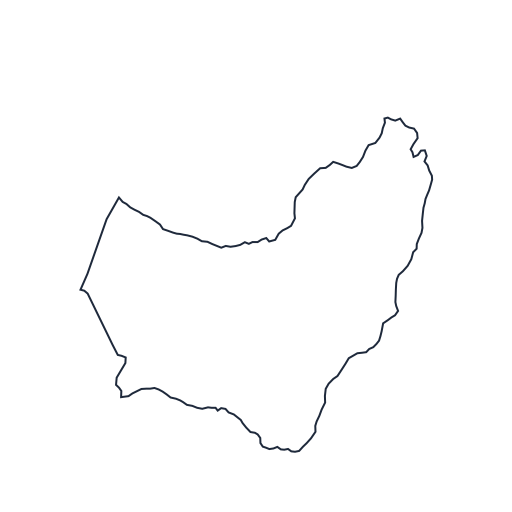 outline of Poço Verde, Sergipe, Brazil, rotated 202°
{"feature_id": "56859067B32075559146104", "entity_name": "Poço Verde", "entity_type": "district", "adm_level": 2, "iso_a3": "BRA", "parent_name": "Brazil", "parent_adm1": "Sergipe", "projection": "equal_earth", "projection_center": [-38.14, -10.822], "detail": "fine", "context": "isolated", "style": "outline", "palette": "slate", "viewbox_px": 512, "rotation_deg": 202, "n_neighbors": 0, "source": "geoboundaries", "source_scale": "gbopen_adm2", "svg_char_len": 2686}
<svg xmlns="http://www.w3.org/2000/svg" viewBox="0 0 512 512"><g transform="rotate(202 256 256)"><path d="M406.1,159.0L402.2,159.5L398.0,158.1L362.0,125.6L355.8,120.0L347.1,112.5L343.3,113.1L338.8,113.1L337.0,107.8L339.6,91.0L337.5,84.1L333.7,82.6L330.3,80.4L328.2,74.6L324.7,76.6L321.7,78.3L319.1,82.3L315.8,86.0L312.4,89.8L308.0,91.9L304.5,93.3L300.7,95.6L296.3,95.8L291.8,95.3L287.0,94.2L282.2,92.8L276.7,93.7L272.2,93.7L268.9,93.2L264.3,92.1L258.9,93.2L253.7,93.2L248.6,94.2L243.8,97.7L240.4,98.6L236.6,100.1L233.6,98.3L231.3,101.9L227.0,102.8L222.8,100.7L217.2,100.8L211.8,99.2L208.7,98.3L205.9,96.1L200.9,93.3L195.2,90.7L190.8,91.7L187.6,91.2L183.9,88.9L181.8,84.2L178.3,81.8L175.1,82.0L171.3,82.0L167.7,84.1L164.7,87.0L160.5,86.0L157.2,87.0L154.0,89.1L150.1,88.1L146.5,89.1L143.0,91.4L141.0,96.8L138.9,101.5L136.7,107.6L135.0,115.3L137.4,120.7L137.8,125.3L137.4,131.5L137.6,138.2L137.0,146.0L139.7,152.1L141.6,159.0L140.8,164.9L138.3,171.0L135.5,175.2L134.1,182.2L132.7,189.5L131.7,196.0L128.4,200.2L125.6,203.8L121.3,206.1L117.8,208.1L116.2,212.2L113.1,215.4L111.4,219.5L110.2,223.6L110.6,228.3L111.3,233.2L112.9,241.2L109.6,246.1L107.4,249.8L104.9,253.1L103.7,258.3L107.3,262.2L109.5,265.5L111.5,271.2L113.8,277.4L115.9,283.6L116.7,287.7L116.6,292.0L114.1,296.9L111.7,303.7L110.8,311.2L111.7,318.4L109.8,322.9L111.4,327.3L111.5,333.3L111.2,339.4L112.2,344.4L115.2,350.8L117.3,358.1L118.8,363.5L119.3,368.0L120.2,372.4L120.2,377.1L120.1,381.6L120.7,387.5L121.3,392.8L123.0,396.3L127.4,400.1L130.8,404.3L135.2,406.8L135.2,412.7L139.0,417.2L142.5,415.5L143.8,410.2L147.0,406.9L149.8,410.8L152.6,412.9L151.9,418.8L150.3,425.8L152.7,430.4L157.2,433.3L162.1,432.5L166.3,432.8L170.1,435.0L173.8,437.4L177.6,433.7L182.0,433.3L185.6,433.7L188.4,431.6L186.4,427.9L186.3,422.0L185.4,416.9L185.8,412.0L187.7,405.5L193.1,401.0L194.0,394.7L193.9,387.9L195.0,382.0L196.4,377.2L200.2,373.5L205.7,372.7L209.5,372.7L214.3,372.6L219.7,372.2L221.7,368.0L224.4,363.8L229.4,361.4L232.8,354.4L236.0,347.2L237.4,340.2L237.7,335.1L239.5,330.1L241.2,325.4L240.3,320.6L238.2,314.9L236.4,310.0L234.0,305.5L234.8,297.1L237.4,293.6L240.9,289.7L243.3,285.2L244.2,278.2L249.2,274.4L253.2,276.5L256.9,273.4L259.7,269.5L264.5,267.6L267.2,264.6L271.5,264.6L274.8,260.4L278.6,257.6L283.1,255.0L287.8,254.0L291.3,250.7L294.9,250.7L301.0,250.7L306.3,251.0L311.8,249.4L316.8,250.1L322.2,250.1L327.5,249.4L331.1,248.6L334.6,248.0L337.9,247.0L341.7,246.6L347.1,246.4L352.3,246.1L356.8,249.2L362.9,250.7L368.3,251.9L372.0,252.2L376.0,251.9L381.0,253.1L386.0,253.4L390.9,254.0L395.6,255.7L399.9,256.2L405.0,258.9L408.3,234.2L407.4,214.7L405.6,176.3L406.1,159.0Z" fill="none" stroke="#1e293b" stroke-width="2"/></g></svg>